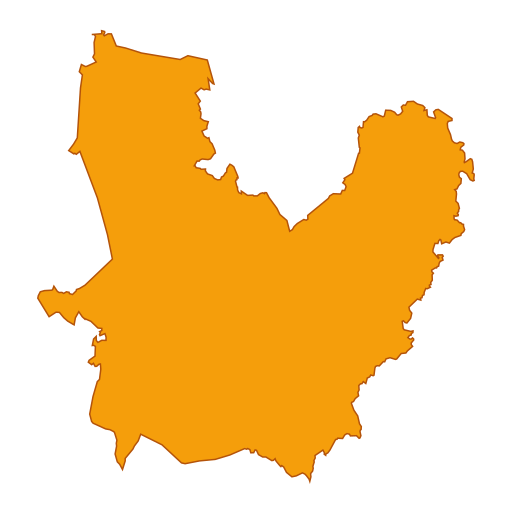 outline of La Manzanilla de la Paz, Jalisco, Mexico
{"feature_id": "50627088B53940802277719", "entity_name": "La Manzanilla de la Paz", "entity_type": "district", "adm_level": 2, "iso_a3": "MEX", "parent_name": "Mexico", "parent_adm1": "Jalisco", "projection": "equal_earth", "projection_center": [-103.078, 20.026], "detail": "fine", "context": "isolated", "style": "filled", "palette": "amber", "viewbox_px": 512, "rotation_deg": 0, "n_neighbors": 0, "source": "geoboundaries", "source_scale": "gbopen_adm2", "svg_char_len": 6021}
<svg xmlns="http://www.w3.org/2000/svg" viewBox="0 0 512 512"><path d="M122.5,469.5L125.2,460.9L125.2,458.4L132.9,449.1L134.4,446.0L138.2,440.9L140.7,434.2L162.0,444.8L181.5,462.9L185.1,463.7L199.5,460.9L215.2,459.4L229.8,455.0L244.6,448.6L246.8,449.2L247.7,448.5L249.9,449.6L250.8,452.8L253.7,452.7L255.1,449.9L256.5,450.3L258.5,454.6L262.7,457.0L265.9,457.0L271.8,460.6L273.5,460.3L275.1,458.7L276.0,461.0L279.9,465.7L280.9,466.6L281.7,465.6L283.7,467.0L286.5,472.4L291.9,476.8L296.2,475.9L302.4,472.9L304.8,474.0L306.4,475.6L309.1,479.2L309.8,481.3L310.9,476.8L310.6,473.6L312.6,471.1L313.2,468.3L312.9,466.3L314.2,462.0L313.9,460.6L315.2,458.0L315.0,455.5L322.9,450.1L324.4,452.8L324.2,454.2L325.7,455.3L325.9,453.9L327.8,452.9L329.9,450.1L335.6,439.5L337.0,439.3L337.7,438.2L342.6,438.5L344.7,435.0L346.9,433.6L349.5,434.2L350.4,435.9L356.5,435.7L359.1,438.3L359.9,438.0L360.9,435.7L360.0,431.6L360.3,430.2L361.1,429.5L361.3,426.5L359.5,423.8L357.7,415.9L353.9,410.2L351.4,403.4L351.6,402.4L353.5,401.5L355.2,398.6L358.6,395.8L357.9,392.4L359.1,389.9L358.8,385.5L360.5,383.8L361.9,383.7L363.3,381.6L365.8,383.5L367.3,378.0L369.7,376.9L370.7,375.0L373.2,375.7L374.0,375.2L374.9,368.1L375.5,366.5L377.2,365.7L379.3,365.9L383.3,361.6L384.7,361.8L386.0,358.9L390.0,357.7L395.5,359.4L396.7,359.0L401.2,353.5L405.9,353.0L407.3,351.0L412.6,346.4L411.3,344.6L411.2,343.0L413.7,340.0L413.6,338.9L412.5,337.9L411.3,339.0L409.8,339.0L407.9,337.6L409.4,335.6L411.2,335.0L411.3,333.5L412.9,332.6L413.0,330.9L410.8,331.4L404.2,329.8L403.2,328.5L402.2,321.3L403.5,320.8L405.2,322.6L406.9,323.0L410.6,318.4L411.8,313.1L409.6,310.3L408.9,307.2L417.3,299.1L420.8,300.1L420.5,298.1L422.0,297.7L422.5,295.4L424.0,294.8L424.2,292.3L425.7,288.5L427.1,288.8L430.4,287.2L429.4,286.1L429.4,285.1L431.0,284.5L430.7,282.5L432.3,280.2L432.1,274.8L433.4,273.2L431.8,271.7L431.7,270.1L435.3,267.9L436.6,267.9L437.2,266.6L438.6,266.2L439.2,263.1L440.1,261.5L443.0,260.1L442.2,257.3L443.2,256.2L442.5,254.9L437.9,254.9L437.5,255.7L438.9,257.9L438.4,258.4L432.9,251.9L433.0,249.6L434.9,243.4L437.9,243.5L438.8,240.7L440.0,239.4L440.8,239.9L441.7,243.8L445.9,242.0L449.4,243.1L452.2,239.5L454.9,237.5L460.9,235.4L461.2,233.7L463.7,231.6L464.6,229.7L463.5,226.1L463.5,224.4L461.9,224.0L460.7,222.7L459.5,222.7L457.1,220.1L454.6,219.7L454.1,218.9L454.0,215.7L455.8,216.2L458.1,215.7L458.3,214.7L457.3,213.2L458.7,211.2L458.6,209.8L459.4,208.4L458.1,203.4L455.8,201.1L456.5,194.0L456.2,191.4L454.7,189.6L457.0,188.9L458.6,185.6L460.9,183.4L461.3,178.7L459.5,177.3L458.8,174.9L459.0,173.2L460.3,171.4L462.7,171.2L466.7,173.7L470.2,179.7L472.9,181.0L474.2,180.4L473.8,178.8L474.2,174.7L473.8,173.6L472.2,173.0L473.3,169.0L472.6,161.8L471.8,159.3L470.3,158.7L465.7,162.0L464.4,162.6L464.2,162.0L465.0,158.9L464.6,153.0L462.4,150.2L460.2,149.8L460.8,147.3L463.8,144.9L463.9,143.6L462.8,142.7L459.8,142.0L457.1,143.5L454.4,142.8L452.3,140.9L451.5,139.0L450.5,134.6L447.7,128.0L447.3,123.5L448.2,121.4L452.0,120.5L452.0,118.5L438.3,109.4L435.9,109.8L433.6,111.9L435.6,117.7L435.2,118.5L428.4,116.9L427.3,115.4L426.9,109.8L424.0,110.5L424.9,107.6L422.7,105.5L417.4,104.0L413.5,101.3L407.5,101.7L405.5,105.3L403.3,105.0L401.3,107.0L402.7,111.3L400.6,113.9L398.0,115.2L396.7,114.7L394.6,112.2L390.7,110.4L385.7,110.2L384.3,116.1L382.9,116.8L376.0,113.8L373.1,114.1L372.2,115.4L369.1,116.6L366.7,120.2L364.6,121.8L363.5,121.7L363.0,127.4L361.7,128.0L359.8,127.5L359.5,126.4L358.2,127.5L357.8,132.2L359.3,135.1L358.3,138.0L359.3,147.3L360.0,147.9L359.4,153.2L358.6,153.3L352.5,173.2L344.1,178.4L344.9,179.7L342.8,182.8L345.1,184.5L346.1,186.7L344.7,190.5L342.3,190.4L340.7,194.0L333.3,193.7L329.7,195.9L328.4,198.4L307.7,215.4L307.9,219.1L306.3,220.2L303.8,219.5L297.3,223.5L294.1,226.6L292.4,229.6L289.7,231.3L286.9,220.5L279.9,214.5L276.9,208.3L269.1,197.7L266.5,192.7L264.9,192.6L264.4,193.6L262.9,192.8L260.3,193.5L257.3,195.9L253.8,195.9L252.9,195.1L247.6,195.4L241.3,191.1L241.4,193.8L238.9,192.7L237.6,190.1L237.5,187.1L237.0,187.0L235.5,181.2L236.0,180.0L236.9,179.7L237.0,177.9L238.1,177.9L237.8,176.4L233.8,166.8L231.8,165.2L229.9,164.2L227.0,168.4L226.5,172.3L225.4,172.9L223.4,176.1L221.5,177.0L220.6,179.6L217.7,179.9L214.4,178.5L212.3,175.6L207.5,173.9L205.4,170.9L205.5,169.0L201.1,169.3L200.2,168.4L196.1,167.7L195.2,165.9L194.3,165.8L197.0,161.1L199.3,161.1L200.2,159.8L202.3,159.0L208.1,159.6L210.5,158.8L213.9,154.0L215.4,153.1L214.8,150.2L212.1,143.8L209.9,141.6L208.9,137.7L207.6,138.3L204.1,136.0L201.9,131.1L206.9,128.7L206.9,126.2L208.3,121.7L203.8,120.6L200.4,118.3L201.0,113.8L200.7,111.9L199.3,110.2L200.4,109.1L198.2,103.8L200.3,101.1L195.1,93.0L201.0,88.1L204.1,89.8L206.2,89.1L209.8,89.9L208.1,78.7L212.6,83.5L214.0,84.0L207.3,60.0L187.9,55.7L180.2,59.5L141.4,53.0L125.5,48.0L116.3,46.0L111.4,33.9L108.1,33.8L104.3,35.8L103.6,34.9L104.8,32.5L104.6,31.5L101.6,30.7L101.8,33.7L91.8,34.5L94.4,34.6L95.5,36.5L94.1,42.5L94.5,53.9L92.9,57.1L96.2,62.0L86.8,66.3L85.3,66.5L81.4,64.5L79.3,71.7L82.4,74.9L80.5,87.9L77.3,137.9L73.6,144.1L68.7,150.6L73.9,153.9L74.8,153.3L76.3,154.3L79.9,151.4L97.4,197.9L107.5,234.8L112.4,259.1L85.0,285.2L79.5,288.5L76.5,289.5L76.2,290.9L72.5,294.5L69.4,293.6L69.1,292.3L66.4,291.8L63.7,293.4L61.9,292.4L59.0,292.5L57.3,291.3L53.9,286.2L52.6,289.7L51.6,290.2L44.5,290.6L40.3,291.8L38.3,295.7L37.8,298.2L49.1,316.7L56.0,312.2L59.4,312.4L63.8,317.7L67.7,321.1L74.1,324.9L75.4,317.8L78.8,311.7L82.3,316.8L84.8,319.1L84.9,318.7L90.9,321.3L97.9,328.0L101.8,328.4L101.8,330.5L99.6,331.6L100.4,332.6L99.5,334.5L100.0,335.7L104.9,333.6L106.1,337.1L106.0,340.4L101.8,340.3L97.9,342.4L96.3,340.5L96.2,336.4L93.6,339.0L92.3,345.5L93.6,345.3L95.4,346.4L95.0,356.1L89.1,360.3L88.3,362.2L91.7,364.7L93.4,363.3L95.1,366.4L96.7,366.3L99.0,364.2L100.4,364.0L100.8,369.2L99.5,379.4L97.3,381.6L93.0,396.6L89.7,414.1L91.6,421.4L93.1,423.2L105.6,428.9L110.0,429.7L113.9,431.7L114.6,432.8L116.9,440.2L116.3,443.3L116.6,446.1L115.1,454.0L117.3,461.8L119.7,464.3L122.5,469.5Z" fill="#f59e0b" stroke="#b45309" stroke-width="1.5"/></svg>